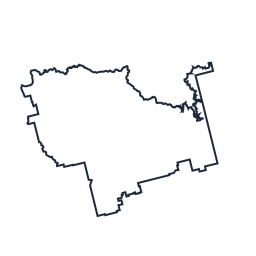 outline of Dardanup, Western Australia, Australia, rotated 346°
{"feature_id": "25037944B56639802047851", "entity_name": "Dardanup", "entity_type": "district", "adm_level": 2, "iso_a3": "AUS", "parent_name": "Australia", "parent_adm1": "Western Australia", "projection": "mercator", "projection_center": [115.891, -33.416], "detail": "fine", "context": "isolated", "style": "outline", "palette": "slate", "viewbox_px": 256, "rotation_deg": 346, "n_neighbors": 0, "source": "geoboundaries", "source_scale": "gbopen_adm2", "svg_char_len": 5782}
<svg xmlns="http://www.w3.org/2000/svg" viewBox="0 0 256 256"><g transform="rotate(346 128 128)"><path d="M38.3,120.3L39.1,120.5L39.6,121.0L40.1,122.1L39.7,123.7L40.9,124.4L41.3,125.6L41.2,126.4L39.9,127.1L40.1,128.1L39.9,129.3L40.4,130.5L41.2,130.4L42.7,131.7L42.3,133.6L42.4,134.5L45.5,137.4L46.8,137.4L47.3,137.6L47.1,138.5L47.9,140.4L49.1,141.4L49.5,142.1L49.2,143.6L50.2,144.4L51.3,144.8L51.3,145.1L50.1,146.6L50.0,147.8L56.7,147.8L56.7,150.3L65.8,150.4L65.8,150.9L77.4,151.0L77.3,168.7L80.2,169.8L77.3,174.6L77.2,206.0L84.8,206.0L84.8,207.1L97.0,207.0L97.1,205.7L100.1,205.7L100.1,200.6L104.1,200.6L104.1,196.5L101.1,196.4L101.1,194.1L104.9,194.1L105.9,192.0L105.7,191.5L106.9,191.5L106.9,189.7L109.9,189.7L109.9,194.1L112.2,194.1L112.2,192.9L117.7,192.9L117.7,192.2L119.5,192.2L119.5,193.9L123.2,194.0L123.2,193.5L125.4,193.5L125.4,187.2L124.4,187.2L124.4,183.8L156.7,183.7L156.7,182.7L161.5,182.7L163.9,180.7L165.7,180.6L166.7,181.0L166.6,176.2L167.7,176.2L167.7,173.5L180.2,173.5L180.2,185.0L186.9,185.0L186.9,187.6L193.3,187.6L193.4,183.9L206.3,184.0L206.4,125.3L206.2,93.3L224.3,93.2L224.4,85.0L223.8,85.1L222.8,84.3L221.8,84.6L221.7,84.8L222.1,86.1L222.5,87.0L221.8,87.2L221.7,88.1L221.2,88.8L220.1,89.2L219.2,88.9L218.6,89.1L218.0,88.7L217.3,88.9L217.0,88.0L217.1,87.7L215.3,88.2L215.5,87.7L215.1,87.3L212.8,86.6L211.7,85.0L211.2,84.7L209.9,85.0L209.7,85.4L209.4,85.4L209.3,85.8L208.0,85.9L207.0,85.6L206.2,84.8L206.3,85.3L206.0,85.9L205.4,85.9L204.8,86.5L204.2,87.4L204.0,88.0L202.4,89.2L202.4,89.8L202.8,90.3L201.8,90.0L201.5,90.3L200.7,90.0L199.4,90.1L198.6,89.9L198.6,91.5L198.0,92.3L198.0,93.2L196.4,94.4L194.6,94.5L194.4,94.8L194.3,95.3L194.6,95.9L194.5,96.6L195.0,97.3L196.9,97.1L196.3,98.1L196.9,98.3L196.8,98.8L196.0,100.3L196.8,100.7L198.4,100.8L198.4,101.0L198.0,101.4L197.7,102.2L198.5,103.7L198.1,104.5L198.3,105.1L199.1,106.2L200.2,105.4L200.3,106.2L201.0,107.8L201.3,108.1L202.3,108.0L202.9,108.6L201.8,109.7L201.7,110.4L201.0,111.0L200.5,111.2L200.1,111.7L200.3,112.2L202.0,112.7L202.2,112.9L201.0,113.5L200.9,114.8L200.0,113.9L199.5,113.9L198.8,115.1L198.8,115.6L199.9,117.1L204.1,117.9L204.7,118.3L204.8,119.0L204.5,119.9L203.5,119.1L202.3,118.8L200.6,119.5L199.9,119.4L199.6,119.8L199.9,120.5L199.6,121.0L198.9,121.0L198.5,120.4L197.5,120.3L197.3,120.4L197.3,120.8L196.6,121.4L196.7,121.9L197.0,122.3L198.7,123.3L199.2,123.1L198.5,123.9L198.4,125.0L198.6,125.4L199.1,125.5L199.3,125.9L198.9,125.9L198.5,126.3L198.3,127.9L198.8,128.8L198.4,129.2L198.4,130.0L197.9,130.4L197.7,131.2L197.1,131.2L196.9,131.6L197.8,132.7L199.1,132.1L200.3,131.9L198.6,133.3L198.4,133.6L198.5,133.9L199.1,133.9L199.7,135.0L199.7,135.5L200.4,136.1L201.6,136.3L202.6,136.9L203.7,136.8L203.0,137.0L200.8,137.0L200.4,137.3L200.2,137.8L198.8,137.9L198.5,137.6L197.9,137.4L196.8,137.8L196.7,137.6L196.9,137.2L198.1,135.9L197.9,135.2L196.9,134.7L196.5,133.7L195.5,133.4L195.1,132.8L195.0,131.2L195.3,130.1L195.9,129.4L196.1,128.2L195.7,127.0L195.9,126.4L194.4,124.6L194.7,123.5L194.5,123.0L192.4,123.0L191.2,124.0L191.1,122.3L190.7,121.6L190.4,119.9L189.4,119.2L189.4,118.8L189.9,118.3L190.1,117.2L188.5,118.0L186.9,118.3L186.8,119.9L187.0,120.4L186.8,121.4L186.6,121.6L186.0,121.6L185.8,121.9L185.8,122.5L186.2,123.2L185.5,124.2L185.2,125.2L184.8,124.8L184.2,124.9L184.6,124.3L184.9,123.4L184.7,122.5L184.1,122.0L184.7,120.5L183.5,120.6L183.0,119.9L182.6,119.7L183.4,118.9L181.4,118.8L180.5,118.3L179.0,119.3L178.7,119.4L178.0,118.7L177.1,119.0L175.7,117.6L175.5,116.2L174.4,115.5L174.2,115.0L173.0,115.3L172.5,115.0L171.8,115.0L171.5,114.4L170.2,113.1L168.1,113.4L167.6,112.9L167.4,112.1L166.9,111.8L163.5,110.8L162.8,111.0L162.1,110.8L161.7,109.9L162.0,108.7L162.0,106.7L161.6,104.8L161.0,104.1L159.3,104.5L159.1,104.4L159.0,104.0L157.1,105.0L155.5,105.0L154.2,105.4L153.7,105.3L152.5,104.3L151.2,104.5L150.3,104.4L150.2,103.2L149.6,101.5L149.0,100.5L147.8,99.7L147.7,99.1L148.3,97.2L147.9,95.8L147.3,94.9L146.2,94.6L145.9,94.2L145.3,93.0L143.7,91.7L143.2,90.6L143.3,89.2L141.3,87.0L140.9,86.3L138.8,84.1L138.5,83.4L138.7,82.8L139.6,81.8L139.5,81.5L139.0,81.4L138.6,80.6L138.5,79.3L138.6,78.3L139.2,77.7L140.2,77.0L140.8,76.0L141.2,74.4L142.6,73.8L143.0,72.8L143.0,72.2L141.9,71.8L141.6,71.3L142.4,68.8L142.3,67.8L142.0,67.6L140.3,68.1L139.1,68.0L138.4,68.5L137.4,68.6L135.6,70.5L135.1,70.8L133.8,70.8L133.2,70.6L132.2,69.6L132.0,69.1L130.9,68.5L130.2,68.4L129.5,68.9L129.0,68.9L128.2,70.1L127.6,70.2L125.9,69.5L124.3,67.8L122.5,68.6L121.7,68.3L121.4,67.7L120.6,67.3L117.5,67.4L116.0,66.8L114.9,66.9L113.0,66.6L110.8,66.8L110.0,65.9L109.1,65.9L108.3,65.6L107.5,65.2L106.1,63.9L104.9,62.0L103.8,61.6L103.0,61.0L101.8,59.3L101.1,59.3L100.1,58.7L100.0,57.5L99.2,57.2L98.2,56.1L97.7,56.1L96.9,55.8L96.5,55.1L95.8,55.6L95.3,55.1L94.9,55.8L93.9,55.9L93.3,56.6L92.5,56.1L91.6,56.0L91.8,55.4L91.2,54.8L90.2,54.7L89.8,55.4L89.0,55.1L88.6,55.7L87.8,56.0L87.6,55.5L87.0,55.5L86.6,55.2L86.4,55.8L84.7,55.3L82.9,56.4L83.5,57.4L83.0,57.6L83.0,58.6L82.1,59.1L81.6,60.2L81.3,60.4L80.9,59.9L79.9,60.5L78.3,58.3L75.7,57.6L74.8,56.0L71.9,56.1L71.8,55.7L72.0,54.5L71.8,53.5L71.3,52.4L70.7,52.1L70.4,52.3L70.0,52.9L68.8,53.4L68.1,53.2L67.5,52.3L66.3,52.3L64.7,53.0L63.6,53.9L62.9,54.1L62.0,53.6L62.2,52.4L62.1,51.9L61.2,51.7L60.7,51.9L60.5,52.3L60.5,53.5L60.2,54.0L59.0,54.2L57.4,55.1L56.4,55.2L55.7,55.0L55.6,54.8L55.7,53.0L55.5,52.3L53.5,51.0L53.0,50.2L52.3,49.4L48.4,48.9L47.5,49.4L47.0,50.3L47.0,51.4L47.8,54.0L47.3,55.5L46.9,60.2L46.5,61.0L45.6,62.0L44.3,62.7L43.2,62.9L41.3,62.8L39.3,62.9L37.4,62.3L35.5,60.9L34.5,62.5L34.0,64.5L35.2,70.5L35.2,72.1L36.0,72.9L41.1,72.9L41.1,79.4L41.5,79.4L41.5,83.4L41.7,84.1L44.4,83.1L44.4,92.8L33.8,92.8L33.7,94.0L33.2,94.7L33.3,95.8L32.8,97.8L31.8,98.7L31.6,99.2L32.2,100.1L38.3,100.2L38.3,120.3Z" fill="none" stroke="#1e293b" stroke-width="2"/></g></svg>